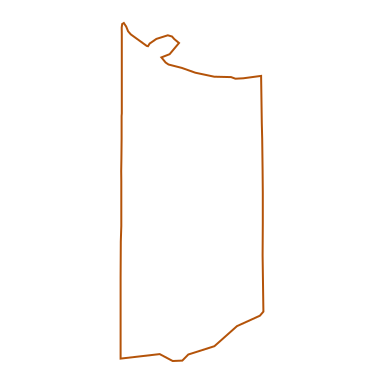 outline of Lake, Indiana, United States of America
{"feature_id": "52423323B96488388148981", "entity_name": "Lake", "entity_type": "district", "adm_level": 2, "iso_a3": "USA", "parent_name": "United States of America", "parent_adm1": "Indiana", "projection": "albers", "projection_center": [-87.421, 41.436], "detail": "fine", "context": "isolated", "style": "outline", "palette": "amber", "viewbox_px": 384, "rotation_deg": 0, "n_neighbors": 0, "source": "geoboundaries", "source_scale": "gbopen_adm2", "svg_char_len": 849}
<svg xmlns="http://www.w3.org/2000/svg" viewBox="0 0 384 384"><path d="M263.4,311.6L262.6,255.3L262.8,223.5L262.8,192.8L262.6,170.6L262.2,139.1L261.8,123.4L261.1,75.9L243.2,78.3L235.4,78.7L231.1,77.1L214.2,76.7L195.3,72.7L183.2,68.4L181.8,67.9L175.5,66.3L168.5,64.5L165.6,62.5L161.4,57.4L169.6,54.2L179.0,43.0L174.3,39.1L172.0,36.5L167.8,35.3L156.4,38.9L150.6,42.9L149.7,43.5L148.0,46.2L146.7,45.9L130.8,34.4L128.1,31.3L126.2,26.6L123.8,23.0L122.2,24.0L121.7,27.5L121.8,34.3L121.8,44.3L121.8,69.3L121.8,70.9L121.8,77.0L121.8,93.6L121.8,101.3L121.8,113.5L121.6,116.0L121.6,134.2L121.6,138.5L121.4,158.7L121.2,170.9L121.2,171.0L121.3,181.2L121.3,192.3L121.3,226.1L120.8,241.5L120.6,277.1L120.6,358.6L159.7,354.1L172.7,361.0L182.3,360.6L188.3,354.5L214.4,346.2L237.0,326.1L259.9,315.7L263.4,311.6Z" fill="none" stroke="#b45309" stroke-width="2"/></svg>